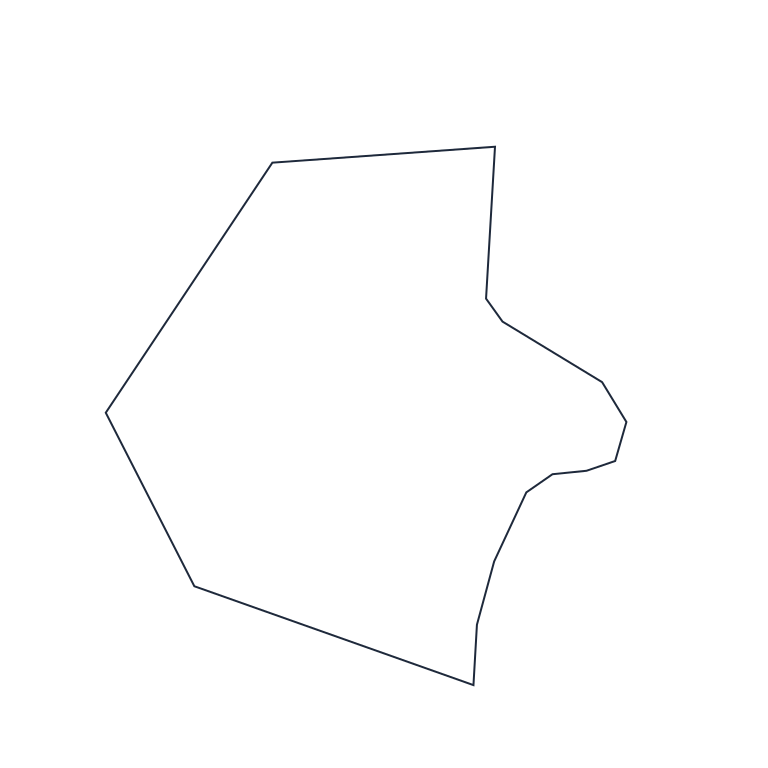 the border of Limerick, rotated 114°
{"feature_id": "IRL-5570", "entity_name": "Limerick", "entity_type": "City", "adm_level": 1, "iso_a3": "IRL", "parent_name": "Ireland", "parent_adm1": "", "projection": "albers", "projection_center": [-8.613, 52.652], "detail": "fine", "context": "isolated", "style": "outline", "palette": "slate", "viewbox_px": 768, "rotation_deg": 114, "n_neighbors": 0, "source": "natural_earth", "source_scale": "10m", "svg_char_len": 358}
<svg xmlns="http://www.w3.org/2000/svg" viewBox="0 0 768 768"><g transform="rotate(114 384 384)"><path d="M360.3,141.5L380.9,163.7L397.9,193.4L425.1,209.9L501.3,211.2L566.1,201.2L622.7,179.8L645.9,475.0L523.4,626.5L227.2,576.0L122.1,379.1L264.5,325.5L278.8,301.1L293.6,185.5L320.1,147.1L360.3,141.5Z" fill="none" stroke="#1e293b" stroke-width="2"/></g></svg>